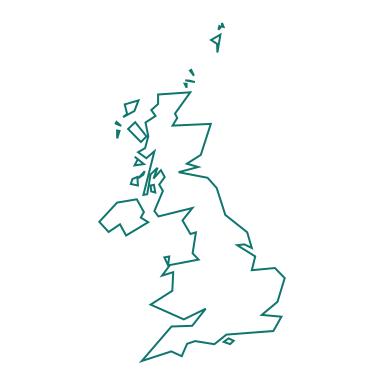 United Kingdom, orthographic projection
{"feature_id": "GBR", "entity_name": "United Kingdom", "entity_type": "country or territory", "adm_level": 0, "iso_a3": "GBR", "parent_name": "Europe", "parent_adm1": "", "projection": "orthographic", "projection_center": [-4.115, 55.427], "detail": "medium", "context": "isolated", "style": "outline", "palette": "teal", "viewbox_px": 384, "rotation_deg": 0, "n_neighbors": 0, "source": "natural_earth", "source_scale": "50m", "svg_char_len": 1916}
<svg xmlns="http://www.w3.org/2000/svg" viewBox="0 0 384 384"><path d="M205.7,308.7L183.8,319.4L150.6,304.6L172.3,290.8L173.2,272.2L162.1,275.6L170.0,265.0L198.6,259.6L192.6,253.3L195.9,232.4L190.4,234.0L182.5,220.4L192.4,208.0L158.4,216.4L154.4,211.0L162.9,190.9L159.2,184.6L164.7,177.1L160.9,170.2L153.5,178.6L157.5,167.8L150.6,174.4L147.2,194.2L143.4,194.9L154.4,151.3L146.3,158.2L138.1,152.2L145.1,148.1L148.3,136.2L145.5,122.5L155.5,116.0L151.3,110.0L158.1,104.0L158.1,94.5L190.3,92.3L175.0,113.6L177.2,118.0L172.6,125.6L210.8,123.9L200.8,154.9L186.9,163.7L198.1,167.0L178.6,172.2L207.6,177.8L216.7,188.0L225.3,214.9L247.2,232.3L251.8,248.0L244.4,244.4L237.2,245.2L255.2,256.4L251.8,270.2L274.9,268.0L284.7,278.1L277.5,301.8L261.8,314.9L281.4,316.7L273.4,331.0L226.4,334.6L214.4,344.2L195.1,341.1L187.1,343.8L181.7,356.2L171.3,351.4L141.8,361.0L171.5,326.5L192.2,325.8L205.7,308.7ZM148.2,222.2L126.1,235.5L120.0,224.3L108.6,232.0L99.3,221.8L117.1,202.6L136.8,199.3L143.9,212.1L140.8,217.6L148.2,222.2ZM138.5,100.4L134.4,111.0L123.2,117.1L127.1,113.9L124.7,104.4L138.5,100.4ZM135.2,122.2L146.5,136.4L140.9,142.0L128.1,129.0L135.2,122.2ZM211.1,40.0L220.4,34.6L217.4,52.5L217.1,43.9L211.1,40.0ZM143.9,164.1L134.6,165.4L137.8,159.3L134.7,156.7L143.9,164.1ZM169.2,256.5L168.1,265.4L164.4,257.4L169.2,256.5ZM137.4,176.9L137.9,185.5L130.8,184.0L132.4,179.1L137.4,176.9ZM185.2,80.3L189.8,80.7L194.9,82.1L185.2,80.3ZM155.3,192.5L151.2,191.4L150.6,185.5L153.9,184.8L155.3,192.5ZM233.7,340.8L230.1,344.1L223.8,341.9L228.6,338.4L233.7,340.8ZM143.3,174.7L138.4,178.1L144.7,171.2L143.3,174.7ZM116.5,121.9L121.1,125.9L115.7,123.5L116.5,121.9ZM119.5,130.9L117.2,138.4L117.1,130.5L119.5,130.9ZM221.0,27.0L218.4,29.7L219.4,26.0L221.0,27.0ZM191.2,69.9L193.9,75.7L190.0,70.6L191.2,69.9ZM186.6,83.8L186.6,87.7L184.6,83.7L186.6,83.8ZM222.0,23.0L223.6,26.9L222.1,26.6L222.0,23.0Z" fill="none" stroke="#0f766e" stroke-width="2"/></svg>